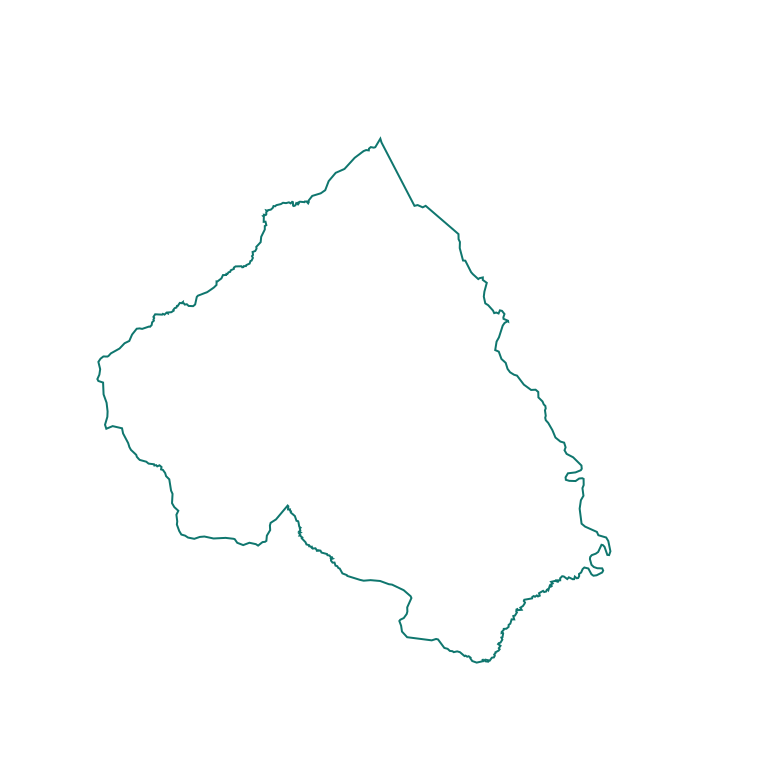 outline of Kanchibiya, Muchinga, Zambia, rotated 112°
{"feature_id": "96606910B88888220258727", "entity_name": "Kanchibiya", "entity_type": "district", "adm_level": 2, "iso_a3": "ZMB", "parent_name": "Zambia", "parent_adm1": "Muchinga", "projection": "orthographic", "projection_center": [30.974, -11.535], "detail": "fine", "context": "isolated", "style": "outline", "palette": "teal", "viewbox_px": 768, "rotation_deg": 112, "n_neighbors": 0, "source": "geoboundaries", "source_scale": "gbopen_adm2", "svg_char_len": 6166}
<svg xmlns="http://www.w3.org/2000/svg" viewBox="0 0 768 768"><g transform="rotate(112 384 384)"><path d="M217.1,371.1L203.2,412.1L205.7,414.3L205.5,419.8L207.4,422.5L161.0,476.8L157.9,479.3L167.7,480.8L168.7,482.0L169.3,485.0L171.4,486.1L173.1,485.6L173.8,488.2L175.7,490.2L185.2,495.9L199.4,501.2L206.3,507.9L216.6,511.3L226.3,511.1L230.9,514.1L236.5,521.0L242.4,522.7L243.4,521.9L244.9,522.0L243.8,524.2L244.5,525.8L245.2,525.9L246.5,530.3L248.0,531.6L248.5,530.7L249.7,531.0L249.2,533.1L251.6,533.1L252.8,534.3L252.7,535.1L249.5,536.6L249.5,537.4L251.5,538.2L251.2,540.2L253.0,542.6L253.8,545.5L255.8,547.0L258.5,550.8L260.0,551.5L260.4,553.1L262.4,553.1L264.8,554.3L266.2,556.6L267.1,556.8L267.2,558.2L268.1,557.3L269.0,557.5L270.6,556.7L271.5,556.9L272.0,558.6L272.6,558.1L273.5,559.0L273.8,558.1L278.7,556.3L277.9,554.7L280.8,552.6L282.2,553.7L285.4,552.4L293.5,553.0L298.7,551.5L304.7,553.8L306.2,552.9L308.9,553.2L310.8,555.3L313.4,553.8L314.9,554.3L316.2,552.8L319.2,553.0L320.0,553.9L322.7,553.7L325.3,556.2L326.4,556.2L327.2,558.1L328.3,558.2L328.9,559.2L328.2,560.2L330.6,565.7L332.3,566.8L333.5,566.3L336.0,568.7L337.6,568.6L338.7,570.0L340.7,570.4L340.9,571.4L342.1,571.2L343.3,574.1L347.0,574.3L351.4,576.9L351.6,577.7L354.9,576.4L358.3,577.9L365.0,582.3L371.8,589.6L373.4,590.2L381.0,588.9L383.3,590.1L384.8,594.4L383.9,596.7L385.0,598.5L384.2,599.7L384.5,600.9L383.4,601.2L385.0,602.2L385.3,603.7L389.0,604.5L389.2,605.2L390.9,605.1L392.1,606.5L394.3,607.1L394.8,606.5L397.1,608.1L398.8,611.5L399.5,611.0L399.4,612.4L401.9,613.5L401.8,615.3L402.8,615.7L405.1,622.3L408.2,622.9L408.9,621.8L410.7,621.9L411.5,621.1L413.7,622.1L416.4,621.5L418.6,622.4L418.7,623.3L423.5,628.9L424.0,631.4L425.4,634.0L432.5,636.1L439.5,636.3L443.4,639.8L450.2,642.5L457.9,648.7L461.1,649.9L462.1,650.6L463.6,654.5L466.7,656.3L470.5,657.1L476.6,652.7L482.0,651.4L486.8,651.6L488.2,650.0L487.9,645.0L498.7,640.1L505.3,634.2L513.0,630.0L518.1,628.2L526.3,627.4L529.5,624.7L524.7,619.8L523.2,610.3L527.6,607.4L534.6,599.1L537.9,596.4L539.9,593.9L542.5,587.2L544.1,585.9L545.4,583.3L545.9,582.0L545.1,575.3L546.0,572.5L544.6,567.2L545.6,566.4L544.6,564.8L545.3,563.4L543.5,561.7L544.3,559.2L546.7,558.7L546.5,556.8L548.5,553.6L551.1,551.5L552.8,547.4L562.6,541.5L565.1,538.9L573.9,535.9L576.7,532.3L578.6,527.2L583.0,527.5L588.9,524.2L591.9,523.4L597.0,518.8L599.5,515.5L599.1,511.6L599.8,508.2L598.6,501.9L594.8,497.5L592.7,493.4L591.1,484.2L586.0,473.2L583.9,465.6L583.8,464.3L586.2,460.6L586.1,454.2L581.6,449.3L580.5,442.8L581.0,440.2L576.1,437.4L574.9,435.2L573.5,434.3L568.5,435.8L562.1,434.8L557.9,436.8L555.2,437.1L550.0,433.4L532.8,427.8L533.2,426.9L536.2,426.0L535.5,424.2L536.6,423.9L536.9,422.5L538.1,422.3L539.8,417.2L543.6,413.9L543.4,412.3L544.1,411.6L547.9,409.2L548.5,407.6L549.2,408.1L551.2,406.7L552.5,407.4L552.9,405.7L554.1,407.0L555.1,405.4L556.0,405.5L555.6,404.8L556.4,404.2L556.9,402.2L557.9,402.4L560.1,397.5L561.8,395.8L561.5,393.1L562.5,392.6L562.1,391.3L562.8,389.9L562.2,389.7L563.3,388.5L562.0,386.0L563.3,384.1L562.9,383.0L563.5,383.1L562.3,380.5L563.7,378.8L563.0,373.1L563.9,372.3L563.4,370.3L564.6,368.4L564.1,367.4L564.8,366.6L565.3,367.1L565.3,366.4L566.3,367.5L567.6,367.0L568.9,364.8L568.1,363.0L570.6,360.9L570.4,359.1L571.7,357.4L571.7,355.9L575.2,351.6L575.1,346.9L575.7,346.2L574.6,332.9L574.0,329.2L570.9,323.0L568.1,313.8L567.8,304.5L567.0,301.4L567.8,288.5L570.8,279.8L572.2,278.4L582.4,278.8L586.2,277.1L588.8,276.8L593.6,278.0L596.5,280.6L598.0,281.0L601.7,277.6L606.8,274.6L610.1,267.7L603.8,243.7L600.9,240.2L600.6,238.2L606.1,229.2L605.7,225.8L606.8,223.0L606.1,220.4L606.5,218.9L604.5,216.0L604.2,213.1L606.1,207.4L605.3,206.6L605.7,204.7L604.7,203.5L605.3,201.2L606.0,201.2L607.8,198.4L607.6,193.7L604.2,188.8L602.1,189.5L603.5,188.0L602.1,187.1L603.1,186.0L602.4,183.3L601.8,183.1L601.2,184.4L600.8,182.3L597.4,181.5L596.3,179.7L594.4,179.5L593.5,180.5L591.9,179.8L591.1,180.2L588.3,177.9L586.6,177.4L585.9,178.6L583.1,177.9L582.4,180.8L581.3,180.5L580.1,179.1L576.7,178.5L575.1,180.2L574.4,179.3L570.6,180.1L570.0,180.8L570.8,181.7L569.8,182.0L567.0,180.9L566.2,181.2L565.0,178.8L562.5,177.5L560.6,178.2L558.9,177.1L554.4,177.5L553.5,175.1L550.7,177.2L549.6,175.8L546.0,175.2L545.5,176.1L543.4,176.7L542.8,176.1L543.7,175.5L541.8,171.8L540.3,173.8L537.8,172.0L534.9,171.4L533.8,171.4L532.8,173.1L531.5,173.1L527.3,166.4L525.8,166.7L524.5,165.7L524.7,164.3L522.8,163.1L523.3,161.7L521.9,160.3L519.9,161.9L516.2,159.0L516.9,157.6L515.6,155.9L513.8,155.9L512.8,155.2L513.4,154.4L509.0,154.7L509.4,153.4L508.5,152.8L507.3,154.1L505.8,152.9L504.8,154.9L502.4,151.5L502.2,147.9L501.2,150.0L500.0,147.1L498.1,147.9L495.5,146.8L495.1,145.2L496.2,141.0L494.0,140.2L494.3,135.8L493.7,134.6L491.1,134.9L491.9,132.5L491.1,131.3L488.9,131.1L487.1,132.0L484.9,130.6L481.2,130.5L479.1,129.5L478.5,125.4L482.7,120.4L483.3,118.0L481.7,115.2L477.0,111.1L474.9,110.9L473.2,112.6L474.9,117.2L475.1,120.9L473.9,123.9L469.2,127.5L467.2,128.0L464.9,127.3L462.0,124.1L459.5,122.5L451.6,122.1L451.4,120.6L452.4,118.5L458.8,112.9L458.3,111.2L454.3,111.4L445.6,117.2L443.1,120.5L443.9,128.6L441.4,131.2L440.9,144.1L439.5,148.5L426.3,155.9L418.0,157.9L412.9,157.2L406.2,161.0L402.9,161.0L397.2,163.4L397.1,164.9L398.5,167.6L402.2,170.0L404.4,176.0L404.7,179.5L402.5,180.7L397.9,180.0L394.2,173.3L390.2,169.2L388.5,168.9L385.6,170.4L381.1,181.2L380.4,188.5L377.8,191.8L374.7,191.9L370.9,195.0L371.3,198.9L369.4,205.0L363.7,210.6L358.6,217.1L357.0,220.4L354.9,221.9L352.9,222.1L348.1,224.9L346.1,224.9L343.9,226.2L343.1,228.2L340.8,230.5L338.6,235.8L333.6,238.0L332.5,241.3L334.4,245.4L332.2,254.1L326.4,263.8L326.7,266.9L325.9,271.5L323.7,275.1L318.8,279.1L316.8,284.5L311.0,289.7L310.9,293.6L302.5,295.5L297.7,294.9L285.4,295.8L282.3,295.1L279.5,293.0L279.6,292.3L278.9,292.7L278.8,297.6L277.5,298.3L274.0,298.5L272.0,302.0L272.3,304.1L275.7,304.2L275.7,306.7L277.0,308.4L275.1,310.4L271.9,316.9L271.3,320.3L265.6,324.2L260.8,325.5L251.7,326.6L250.5,331.4L248.2,332.3L250.1,335.1L251.4,335.9L248.9,342.7L247.7,345.1L239.2,354.8L239.9,357.0L229.6,364.7L223.9,366.8L221.8,369.1L217.1,371.1Z" fill="none" stroke="#0f766e" stroke-width="2"/></g></svg>